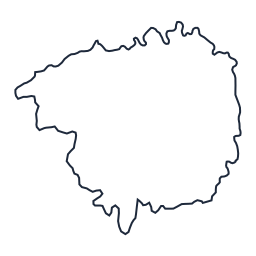 outline of Byerazino, Minsk, Belarus, rotated 90°
{"feature_id": "67162791B55727051267470", "entity_name": "Byerazino", "entity_type": "district", "adm_level": 2, "iso_a3": "BLR", "parent_name": "Belarus", "parent_adm1": "Minsk", "projection": "orthographic", "projection_center": [28.995, 53.791], "detail": "fine", "context": "isolated", "style": "outline", "palette": "slate", "viewbox_px": 256, "rotation_deg": 90, "n_neighbors": 0, "source": "geoboundaries", "source_scale": "gbopen_adm2", "svg_char_len": 3739}
<svg xmlns="http://www.w3.org/2000/svg" viewBox="0 0 256 256"><g transform="rotate(90 128 128)"><path d="M192.4,40.2L190.8,40.2L189.5,40.2L187.1,40.0L185.9,39.7L184.8,38.7L183.4,37.1L182.2,36.2L179.8,36.3L178.4,36.2L176.7,34.6L176.6,33.0L176.4,31.4L175.5,29.2L173.8,27.4L172.0,27.4L169.7,28.0L168.3,28.5L167.2,29.5L165.6,29.9L163.2,29.6L161.7,29.3L161.5,28.1L161.7,26.6L162.7,25.2L163.2,23.5L162.5,21.5L161.5,20.4L160.7,20.4L159.2,18.5L156.6,18.0L153.4,17.8L149.6,18.2L146.2,18.8L143.0,20.0L140.5,21.5L138.1,21.8L136.9,21.8L136.1,20.6L135.9,19.6L135.8,17.3L135.0,15.7L133.0,15.4L131.1,15.6L128.6,16.4L126.6,16.4L123.3,16.6L121.4,17.0L119.3,17.3L116.7,17.2L114.5,16.5L112.4,15.9L110.0,15.9L109.5,16.0L107.8,16.0L104.9,16.8L100.9,18.3L97.5,19.6L94.8,20.6L91.2,20.6L85.7,20.5L78.0,20.6L75.7,21.1L73.8,21.9L72.1,23.0L69.7,23.8L67.2,23.0L66.7,22.4L66.3,21.4L65.3,20.0L63.4,19.2L61.8,19.4L59.8,20.9L58.9,22.6L58.0,24.9L56.7,26.5L55.1,27.1L54.0,27.2L52.6,28.2L52.6,29.5L53.4,31.0L53.2,32.8L52.5,34.5L51.9,36.7L52.5,38.7L53.6,40.1L54.7,41.6L53.7,43.2L52.1,43.3L50.3,42.9L49.2,41.8L47.0,41.6L45.5,42.0L43.8,43.3L42.6,45.4L40.1,48.5L37.4,51.7L35.3,55.5L33.7,56.7L31.3,56.9L28.9,57.5L28.7,57.7L27.9,58.4L27.9,60.8L28.9,62.6L30.8,63.5L32.3,63.7L34.0,64.6L34.2,66.0L33.0,68.2L33.6,69.5L35.4,70.4L35.8,71.8L35.4,72.9L32.6,74.0L30.8,74.2L29.1,73.6L26.5,73.0L24.6,73.3L22.6,74.9L21.9,77.1L22.1,78.9L25.0,79.9L28.3,80.2L29.6,81.1L30.5,82.3L30.8,84.1L30.8,86.5L31.3,88.6L33.4,89.6L35.1,89.5L36.5,89.2L38.1,88.3L40.1,87.1L42.2,87.1L43.6,87.7L43.9,89.3L43.6,90.5L42.3,92.0L40.2,93.1L37.8,93.9L34.9,95.5L33.1,96.3L31.3,99.0L29.3,100.4L28.0,102.9L27.9,104.9L30.4,107.4L33.2,110.1L36.1,112.2L37.5,112.5L39.7,112.2L41.2,111.5L42.6,110.1L44.1,110.0L45.4,111.3L45.4,113.3L44.5,115.1L42.7,116.5L41.1,117.3L39.7,118.0L38.3,119.0L37.7,120.5L38.7,122.1L40.0,122.0L41.1,121.2L42.3,120.7L43.7,120.7L45.0,121.6L46.5,123.5L47.6,125.4L48.8,126.3L49.5,127.5L48.7,129.3L46.7,131.1L45.9,132.7L46.2,134.6L47.8,135.9L49.1,136.7L49.7,138.9L50.1,141.4L50.7,143.8L51.1,147.0L50.4,150.2L47.3,152.7L45.8,154.0L44.2,155.8L43.8,157.6L42.5,157.9L40.7,158.5L41.1,160.0L43.5,161.3L45.4,162.4L47.5,163.4L49.8,165.6L50.9,168.1L51.3,172.2L51.2,174.4L51.6,176.4L52.9,178.4L54.0,181.4L54.3,184.8L55.8,187.4L59.0,191.4L62.6,194.1L65.7,197.7L66.5,200.3L66.4,202.4L65.2,204.4L65.5,207.0L66.5,208.5L69.2,210.8L70.5,212.0L71.4,215.1L71.9,218.6L72.1,220.8L75.5,221.0L76.6,221.4L80.2,225.0L82.7,229.3L83.4,231.8L85.9,235.7L87.4,238.4L89.9,240.6L92.9,240.6L95.8,240.0L98.8,237.9L96.9,232.7L96.9,229.3L96.0,224.6L96.5,221.7L99.9,221.0L102.4,220.8L106.2,217.4L109.8,218.7L113.9,219.9L120.9,219.2L124.7,219.6L127.0,219.2L130.1,216.5L128.1,211.7L127.7,209.9L127.2,204.5L126.5,201.3L128.1,200.0L130.8,197.9L132.4,193.0L133.5,189.1L131.5,183.7L132.6,180.4L135.3,179.9L138.9,180.3L144.1,181.5L147.9,182.1L151.1,185.3L154.2,188.0L161.2,189.3L165.5,186.1L168.2,183.4L170.9,182.7L173.6,181.6L174.9,178.4L177.9,176.9L184.4,176.6L187.1,174.1L188.4,169.2L190.2,166.4L191.8,163.3L190.6,159.7L190.2,155.9L193.7,153.6L196.5,155.8L198.3,158.7L201.0,162.6L204.1,162.5L205.2,161.3L205.5,161.0L205.5,155.8L205.9,153.5L209.5,151.9L213.3,150.1L215.5,146.7L212.6,144.7L207.6,144.1L205.4,140.7L208.5,137.3L213.2,137.1L221.1,137.9L226.7,136.8L231.4,134.9L234.1,130.6L232.0,127.5L227.5,126.0L223.0,124.2L220.1,122.4L218.1,120.6L214.2,120.0L206.2,119.1L199.6,118.3L201.0,116.5L203.4,114.0L205.2,112.9L204.8,110.2L202.7,106.8L207.0,104.8L210.8,104.3L212.8,100.7L210.3,97.8L206.0,94.9L206.0,92.9L208.7,90.8L208.7,85.7L208.6,82.6L206.6,78.8L204.1,74.3L203.9,70.7L203.8,67.6L203.6,64.0L201.8,61.8L200.2,58.6L201.3,54.2L202.9,53.2L201.5,48.3L200.4,44.5L196.3,43.9L192.4,40.2Z" fill="none" stroke="#1e293b" stroke-width="2"/></g></svg>